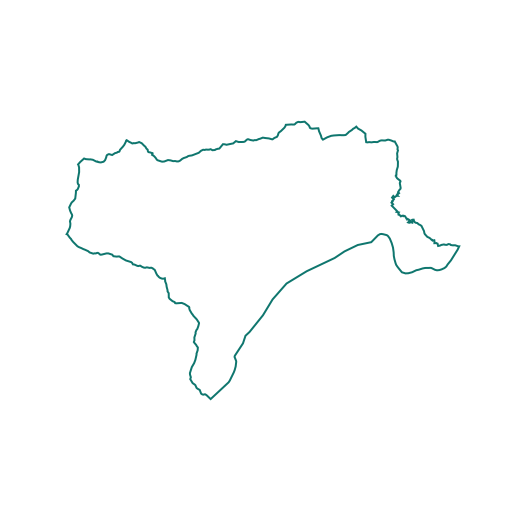 Hangu, Neamt, Romania (Robinson projection), rotated 284°
{"feature_id": "2599482B88433775454679", "entity_name": "Hangu", "entity_type": "district", "adm_level": 2, "iso_a3": "ROU", "parent_name": "Romania", "parent_adm1": "Neamt", "projection": "robinson", "projection_center": [26.068, 47.052], "detail": "fine", "context": "isolated", "style": "outline", "palette": "teal", "viewbox_px": 512, "rotation_deg": 284, "n_neighbors": 0, "source": "geoboundaries", "source_scale": "gbopen_adm2", "svg_char_len": 6094}
<svg xmlns="http://www.w3.org/2000/svg" viewBox="0 0 512 512"><g transform="rotate(284 256 256)"><path d="M400.7,362.9L400.5,362.5L400.4,361.6L400.8,359.2L400.9,356.9L400.8,355.9L399.3,353.4L398.5,349.6L397.7,348.2L396.1,346.5L395.8,346.0L395.2,342.9L394.2,340.5L393.9,338.3L393.2,336.6L393.1,335.4L398.1,333.3L401.1,332.6L403.3,327.9L404.3,324.2L405.8,322.0L404.0,320.7L403.1,319.6L401.4,318.5L398.8,316.1L397.7,315.5L395.2,313.8L394.7,312.8L393.9,309.7L393.5,307.7L391.8,302.4L390.8,299.9L388.4,296.4L385.1,292.8L386.0,291.5L386.5,291.0L388.5,289.9L392.3,287.0L395.0,285.6L394.6,284.1L393.2,280.0L393.1,278.7L393.2,277.8L393.5,277.2L394.6,276.6L395.8,275.2L398.1,270.7L396.7,267.0L396.5,266.2L396.5,265.1L396.2,264.3L395.1,262.9L393.4,261.9L392.8,261.3L392.1,258.2L390.5,253.2L389.0,253.1L387.3,252.5L383.3,250.0L381.2,248.3L380.4,248.1L378.3,248.0L376.7,247.5L375.0,245.3L373.3,243.9L373.1,243.5L373.2,240.1L372.7,236.4L372.5,234.0L370.7,231.5L370.2,230.5L368.5,228.3L368.0,226.4L367.4,225.5L367.2,222.6L367.4,220.1L367.1,219.4L366.0,218.5L364.6,217.7L363.9,216.8L363.6,216.1L362.4,211.7L362.6,208.7L359.7,206.6L359.5,206.1L356.8,200.5L356.8,198.6L356.5,196.9L351.5,194.5L351.2,194.2L350.8,193.0L349.5,190.9L348.9,190.5L348.1,188.1L348.5,186.9L348.6,186.0L347.8,184.7L347.1,181.6L346.5,180.6L346.3,179.0L344.8,177.2L342.3,175.5L338.1,169.5L337.0,166.8L336.4,165.9L335.3,164.9L333.5,162.1L332.3,160.8L330.2,159.3L329.1,158.0L328.6,156.4L328.6,154.9L328.0,152.5L328.1,149.9L327.8,147.4L325.5,144.1L324.9,142.4L324.8,141.5L325.1,137.4L325.5,136.4L326.6,135.3L327.9,133.5L328.5,132.4L329.0,130.7L330.0,130.9L330.7,130.8L330.8,130.5L330.5,130.0L330.8,129.4L330.9,128.5L330.8,126.5L331.6,125.7L333.0,125.1L333.7,123.7L335.3,122.2L335.9,120.9L337.8,117.8L338.3,115.0L337.6,114.1L336.2,111.5L335.8,109.6L335.4,109.2L335.3,108.6L335.8,106.8L336.0,105.5L337.1,102.5L336.6,102.1L335.5,102.1L332.0,101.3L329.9,100.4L326.2,98.4L324.4,98.2L323.9,97.8L323.4,96.6L322.6,96.0L321.7,94.3L319.2,92.0L319.3,88.9L319.1,88.3L318.0,87.1L316.7,86.7L315.6,86.8L312.5,86.4L310.6,85.3L309.3,82.9L309.1,82.0L309.0,80.3L309.3,79.4L309.0,79.1L309.1,78.6L309.0,78.2L309.9,74.4L309.7,71.9L309.4,70.9L308.8,67.4L309.0,65.6L304.7,62.7L301.8,61.2L301.3,61.7L299.2,62.9L294.6,64.1L286.9,64.6L284.3,65.1L282.9,65.8L282.2,66.9L280.7,67.3L277.9,66.9L276.8,66.4L275.8,65.5L273.5,66.0L268.0,66.7L265.6,65.7L263.3,64.2L261.9,63.8L258.0,63.0L255.1,64.6L253.1,66.1L251.7,67.4L250.7,67.9L249.1,67.9L246.2,67.2L244.7,67.1L242.4,68.1L240.0,68.5L238.2,68.5L232.5,67.4L231.4,67.0L231.3,67.7L231.0,68.2L228.8,70.8L227.7,72.5L226.9,73.2L225.4,75.2L222.3,80.3L221.8,81.9L221.4,84.7L220.9,86.9L220.8,88.1L220.1,91.9L219.2,93.7L218.9,97.5L219.5,98.7L219.8,100.0L220.5,101.0L220.8,101.8L220.5,102.8L219.6,104.6L220.0,105.9L222.3,110.2L222.8,112.1L222.5,116.2L221.3,117.7L221.7,121.0L222.3,122.6L222.5,123.6L221.3,126.9L220.2,130.9L219.9,136.2L219.4,137.4L218.1,138.6L218.3,140.1L217.7,143.3L217.8,144.4L218.5,145.6L218.6,146.1L218.0,147.7L217.6,150.0L217.8,151.4L218.6,152.8L218.7,155.7L219.3,157.1L219.1,158.7L218.5,159.7L218.2,160.8L217.8,161.3L214.9,163.5L213.2,165.1L212.9,165.9L212.4,166.4L211.9,167.3L211.5,168.4L211.3,170.5L211.7,172.0L212.3,172.9L210.2,173.8L209.4,174.0L206.9,175.8L204.4,176.8L201.5,178.4L200.2,178.8L198.8,180.3L194.7,181.4L193.6,182.5L192.0,185.9L191.6,188.2L190.7,189.0L190.8,190.1L192.5,195.3L192.1,198.3L190.4,203.3L190.0,203.7L189.0,203.9L187.5,204.8L184.5,207.7L184.1,208.4L182.7,209.9L180.2,213.8L177.4,216.8L176.9,217.0L174.1,217.0L171.0,216.7L169.7,216.1L167.4,215.8L166.1,216.2L162.1,215.9L159.3,216.7L157.5,216.5L156.7,217.4L155.3,219.4L154.3,220.3L153.2,221.7L150.4,222.2L146.8,221.9L145.8,222.2L140.6,222.3L137.1,221.9L132.7,220.6L126.4,220.2L124.9,220.7L122.6,222.1L120.6,222.0L117.3,225.3L116.4,227.7L116.0,228.4L113.7,230.2L113.2,231.1L112.4,233.8L109.4,235.9L109.0,236.4L108.7,237.5L108.7,238.4L109.5,239.9L109.4,240.1L109.3,240.9L108.9,241.9L106.2,246.6L126.8,260.0L128.8,260.7L137.7,262.6L140.1,262.9L143.9,263.0L148.6,262.4L149.4,262.1L152.9,259.6L154.1,259.6L168.1,264.5L176.1,265.1L180.7,268.1L200.2,277.1L217.9,282.6L236.7,292.3L253.5,308.9L273.1,332.8L281.9,340.8L291.3,352.1L297.3,364.5L305.5,369.3L307.2,371.0L307.7,372.2L307.9,373.7L307.9,377.3L307.7,378.5L307.1,379.5L305.3,381.6L301.4,384.5L297.3,386.9L292.8,388.7L289.4,389.7L286.4,391.1L282.9,393.1L281.4,394.1L280.0,395.6L278.5,397.5L275.5,401.5L275.3,405.3L276.1,407.9L278.0,411.4L281.0,415.0L282.0,417.1L284.3,420.8L285.3,423.0L286.8,428.6L286.7,429.6L285.9,433.0L285.9,435.1L286.7,437.3L287.9,439.3L289.9,441.8L291.8,443.2L294.2,444.0L298.9,446.2L310.9,450.1L314.5,450.8L314.3,449.9L314.6,446.8L314.3,445.3L314.0,444.7L313.8,442.4L314.3,441.4L314.1,439.8L313.0,438.5L312.6,436.8L312.7,435.6L311.6,433.2L310.6,432.0L309.8,430.3L311.9,429.2L311.9,428.6L312.2,428.0L311.6,426.0L313.3,425.7L314.4,425.2L313.6,423.7L313.8,423.3L314.3,423.1L314.2,422.4L315.2,420.8L315.7,419.3L316.0,417.6L318.1,414.5L319.0,413.8L320.8,413.0L325.3,409.2L325.9,407.4L326.1,406.1L327.0,404.6L326.9,402.9L327.3,401.7L328.3,400.8L329.4,400.2L329.0,398.9L328.7,398.6L328.0,399.3L326.1,399.6L326.1,399.3L326.6,398.7L326.3,398.0L326.6,397.6L325.5,397.2L325.3,396.3L325.4,395.5L326.9,396.4L327.7,396.7L328.3,395.4L328.1,395.3L328.5,394.3L328.0,393.8L328.8,393.2L328.7,392.9L330.6,391.1L330.8,389.6L330.3,389.2L330.6,388.7L330.5,388.1L329.5,387.0L330.9,384.9L330.6,384.3L330.9,384.1L331.5,384.1L332.2,383.6L332.8,383.9L332.8,381.9L333.5,382.3L337.7,375.5L339.4,376.5L340.5,374.6L341.8,375.3L342.1,374.8L342.4,374.9L342.5,375.1L344.3,376.0L345.6,373.9L347.5,374.7L346.5,376.3L348.0,377.5L348.6,378.4L348.7,378.9L349.3,377.9L350.7,378.4L350.5,378.8L351.6,379.6L352.4,378.4L354.9,379.2L356.1,379.9L357.0,379.9L361.5,377.9L362.6,377.9L363.1,378.2L363.9,377.8L365.5,374.2L366.7,372.9L367.8,372.6L367.8,372.2L368.0,372.2L368.3,372.6L368.8,372.6L370.7,372.1L373.5,371.8L376.9,372.0L378.4,371.7L381.9,370.9L383.7,369.7L384.5,369.4L386.2,369.3L389.7,368.1L392.9,368.2L393.7,367.5L395.7,367.2L396.5,366.8L400.7,362.9Z" fill="none" stroke="#0f766e" stroke-width="2"/></g></svg>